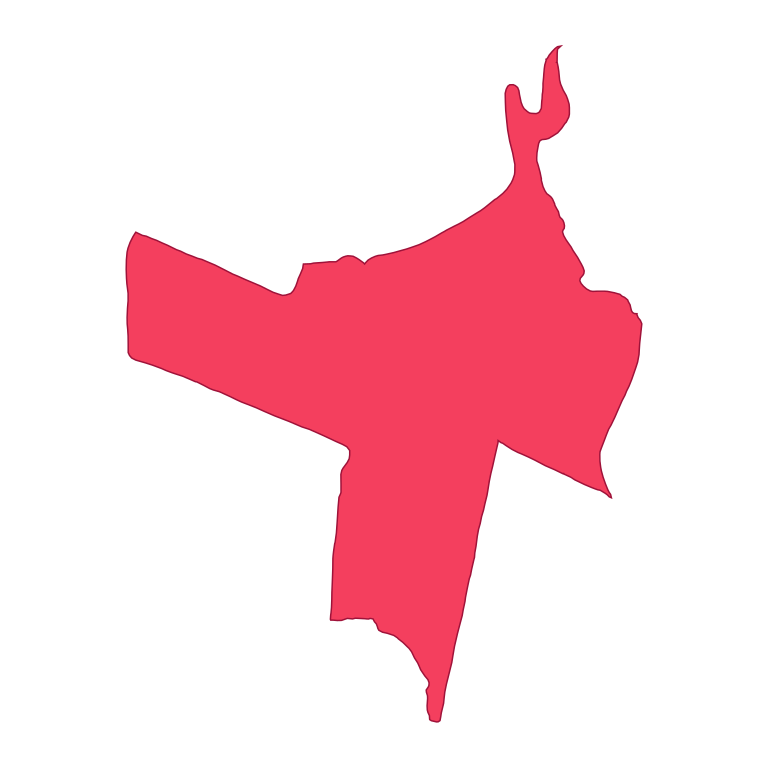 outline of La Ressource, Dennery, Saint Lucia
{"feature_id": "8701671B86453873223968", "entity_name": "La Ressource", "entity_type": "district", "adm_level": 2, "iso_a3": "LCA", "parent_name": "Saint Lucia", "parent_adm1": "Dennery", "projection": "robinson", "projection_center": [-60.915, 13.943], "detail": "fine", "context": "isolated", "style": "filled", "palette": "rose", "viewbox_px": 768, "rotation_deg": 0, "n_neighbors": 0, "source": "geoboundaries", "source_scale": "gbopen_adm2", "svg_char_len": 5672}
<svg xmlns="http://www.w3.org/2000/svg" viewBox="0 0 768 768"><path d="M303.4,264.0L303.1,265.7L302.7,268.5L300.4,274.0L298.3,278.6L297.4,281.6L295.8,286.1L293.5,290.5L292.2,292.0L290.7,293.5L287.9,294.4L285.6,295.1L282.5,295.4L278.7,294.2L273.1,292.3L266.6,289.1L260.7,286.1L253.9,283.2L245.4,279.6L237.4,276.0L232.7,274.1L224.4,269.8L215.1,265.1L205.9,261.2L202.0,259.5L197.5,258.3L192.3,256.2L186.3,254.0L180.6,251.2L176.5,249.7L167.6,245.3L161.8,242.8L156.7,240.4L151.5,238.5L146.3,236.2L142.4,235.4L135.8,232.2L134.8,233.7L133.0,236.6L130.1,242.4L128.0,248.2L127.1,252.1L126.4,259.8L126.2,269.3L126.5,278.4L126.9,283.9L128.1,293.3L128.1,300.9L127.5,308.1L127.1,317.4L127.2,323.9L127.7,329.3L128.1,335.9L128.2,344.2L128.2,349.9L128.2,352.6L129.6,355.6L131.7,358.0L135.8,360.1L145.2,362.8L152.4,365.1L161.3,368.4L166.0,370.5L172.2,372.8L175.8,374.0L182.4,376.1L190.2,379.4L195.4,381.7L196.8,381.9L203.8,385.4L209.8,388.6L213.4,390.0L219.4,391.7L229.3,396.2L236.7,399.8L241.5,402.0L246.7,404.0L256.4,407.8L264.8,411.6L274.5,415.8L289.0,421.4L301.9,426.9L309.0,429.2L321.7,434.8L331.4,439.3L335.8,441.4L342.4,444.3L346.8,446.7L349.7,450.5L349.7,455.0L349.2,458.7L347.3,462.4L345.1,465.4L343.1,468.1L341.8,470.4L340.9,474.4L341.0,484.0L341.0,492.4L340.5,493.9L339.0,497.2L338.1,507.2L337.2,521.8L336.4,533.0L335.7,538.0L335.1,542.4L334.7,543.6L333.6,551.2L333.1,555.8L332.9,558.7L332.8,568.1L332.6,574.1L332.3,582.5L331.9,592.5L331.8,599.4L331.5,607.5L331.0,613.0L330.7,615.0L330.4,619.3L330.7,620.1L332.9,620.1L337.3,620.5L341.5,620.4L347.3,618.4L352.6,618.9L355.4,618.2L364.9,618.7L366.6,618.9L368.7,619.0L370.0,618.4L373.0,618.9L374.5,621.8L376.3,623.8L377.3,626.4L377.9,628.5L378.9,630.3L382.5,632.2L387.4,633.3L393.8,635.4L397.4,637.8L398.4,638.9L402.8,642.3L407.3,646.7L409.0,648.3L411.6,651.8L414.5,657.9L417.7,662.9L419.1,666.0L420.7,669.8L424.8,675.9L427.9,679.6L429.1,682.8L428.9,685.5L428.2,687.1L426.2,690.0L426.4,692.2L427.5,695.7L427.6,698.5L427.1,705.8L427.3,710.0L427.9,712.3L429.4,715.6L429.6,718.7L429.7,719.6L431.3,720.7L436.5,721.9L438.2,721.8L440.0,720.6L440.7,716.9L441.3,712.9L443.6,703.3L444.1,698.2L444.8,692.1L446.4,684.2L449.0,673.8L451.8,662.5L452.9,655.6L454.5,646.3L457.5,633.4L460.3,622.7L462.2,615.6L463.2,609.8L465.0,601.4L465.5,597.4L467.2,588.7L467.9,585.3L469.3,578.7L470.5,575.2L471.7,569.0L473.9,559.5L474.5,557.3L474.8,552.9L476.0,546.3L477.3,536.1L478.6,529.1L480.2,523.5L481.6,516.5L483.5,510.2L484.9,503.8L487.0,495.3L487.9,490.0L489.3,481.2L490.9,473.3L492.6,466.4L494.9,456.1L496.9,447.4L498.0,442.7L498.1,440.5L501.1,442.7L502.7,443.2L506.1,445.6L512.0,449.4L517.8,452.4L521.7,454.0L528.6,457.1L535.0,460.2L545.4,465.7L554.4,469.6L563.1,473.8L563.7,473.5L564.0,474.1L570.6,477.1L574.9,479.9L578.5,481.6L584.5,484.5L591.6,487.5L595.2,488.9L597.8,489.8L600.0,490.2L600.8,490.6L605.4,493.4L607.4,494.9L609.2,496.8L611.4,497.8L610.6,494.4L609.2,492.4L607.8,489.7L605.5,484.0L603.1,477.2L601.4,471.0L600.7,467.4L599.9,461.1L599.8,454.3L600.0,451.8L601.4,447.9L604.1,440.9L606.4,434.8L608.7,429.1L611.1,425.0L613.4,420.2L614.9,417.1L618.2,409.5L622.1,400.6L624.9,395.3L626.6,391.0L629.0,386.2L631.7,379.5L633.8,373.5L636.1,366.8L637.6,362.1L639.0,354.6L639.3,349.4L639.7,343.3L640.6,335.0L641.8,323.9L641.4,322.8L640.3,320.3L638.1,317.6L636.9,314.5L637.0,313.7L634.6,313.6L633.6,313.2L632.5,312.4L631.5,310.8L630.7,307.7L630.1,304.9L628.2,301.4L627.7,300.0L626.2,298.7L624.5,297.3L622.2,296.3L619.9,294.3L618.0,293.8L614.5,292.8L607.5,291.4L604.3,291.2L597.6,291.2L592.8,291.4L590.3,291.0L586.6,289.0L583.4,286.2L581.1,283.5L579.8,280.7L580.3,278.3L581.5,276.9L583.3,274.7L583.9,273.3L584.2,270.9L583.0,267.4L581.4,264.2L577.6,257.4L573.0,250.5L571.1,247.0L568.2,242.9L566.0,239.7L563.7,235.6L562.5,231.9L563.0,230.2L564.2,228.4L564.5,225.8L563.9,222.7L562.9,220.3L561.7,218.8L560.1,217.4L559.3,215.5L558.4,211.6L556.7,208.7L554.8,205.1L554.7,204.0L552.6,199.2L551.5,197.6L550.5,196.5L548.2,194.7L546.8,193.7L544.9,190.8L543.0,186.6L541.3,180.1L541.4,178.9L540.5,174.5L540.1,172.5L538.2,165.4L536.8,161.1L536.7,158.0L537.0,152.7L537.9,147.5L538.7,143.3L539.9,140.8L541.9,139.6L545.8,139.2L548.7,138.4L554.3,135.0L557.7,132.8L561.8,128.1L564.9,123.5L566.2,122.2L568.8,117.0L569.4,114.1L569.4,107.7L569.1,104.1L567.6,99.1L566.2,95.5L563.2,90.2L560.6,84.1L559.6,80.0L558.8,71.4L558.1,66.8L557.2,62.5L556.6,62.3L557.1,61.6L557.2,53.5L557.4,50.3L557.6,49.1L560.8,46.1L557.5,46.7L555.1,48.5L552.2,51.5L549.2,55.1L547.8,57.6L546.6,59.2L546.0,59.3L546.2,60.1L544.8,65.0L544.3,68.5L543.8,74.2L543.6,77.2L543.0,83.5L543.0,87.2L542.7,91.9L542.3,94.2L542.1,98.7L541.8,100.9L541.4,107.0L541.3,108.4L539.4,112.0L537.7,113.1L536.1,113.6L532.5,113.4L531.1,113.3L529.5,113.0L527.4,111.6L524.1,108.7L522.5,106.0L521.1,102.3L519.5,94.7L518.9,90.7L517.6,87.5L515.3,85.6L513.2,84.7L509.7,84.8L507.8,86.2L506.2,89.3L505.2,93.3L505.4,102.6L505.7,110.4L506.8,121.8L507.7,130.1L509.7,141.2L512.7,153.0L514.1,160.5L514.9,164.6L514.8,171.9L514.5,174.6L512.7,179.8L511.1,183.1L506.9,189.2L502.9,193.4L496.7,198.5L494.7,199.6L490.3,203.2L484.6,207.8L480.6,210.7L476.9,212.9L469.0,217.8L463.3,221.5L458.5,224.1L454.0,226.3L451.9,227.4L446.6,230.1L444.3,231.5L441.5,233.0L435.4,236.6L429.5,239.7L425.8,241.6L419.1,244.7L415.7,245.9L410.8,247.6L406.3,249.1L400.1,250.8L393.7,252.6L386.1,254.3L382.6,255.0L378.1,255.5L375.1,256.4L371.5,258.0L368.2,260.0L365.8,262.5L364.6,264.0L363.6,262.9L358.9,259.5L356.5,258.0L353.2,256.3L350.9,256.0L347.8,255.8L345.8,256.2L343.3,257.0L341.4,258.0L339.6,259.3L337.3,261.0L335.9,261.8L329.3,261.8L327.7,262.0L322.4,262.5L313.6,263.1L310.5,263.8L304.4,264.0L303.4,264.0Z" fill="#f43f5e" stroke="#9f1239" stroke-width="1.5"/></svg>